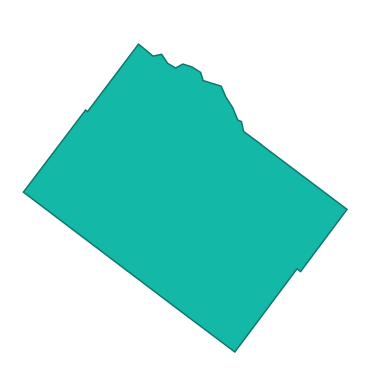 Wheatland, Montana, United States of America, rotated 37°
{"feature_id": "52423323B53339114724210", "entity_name": "Wheatland", "entity_type": "district", "adm_level": 2, "iso_a3": "USA", "parent_name": "United States of America", "parent_adm1": "Montana", "projection": "natural_earth1", "projection_center": [-109.939, 46.486], "detail": "fine", "context": "isolated", "style": "filled", "palette": "teal", "viewbox_px": 384, "rotation_deg": 37, "n_neighbors": 0, "source": "geoboundaries", "source_scale": "gbopen_adm2", "svg_char_len": 468}
<svg xmlns="http://www.w3.org/2000/svg" viewBox="0 0 384 384"><g transform="rotate(37 192 192)"><path d="M60.3,106.1L60.2,190.6L57.7,190.6L57.4,293.6L246.8,294.1L322.5,294.0L322.1,190.2L326.6,190.2L326.3,112.6L219.0,112.6L219.0,112.4L196.7,112.6L189.1,106.0L185.3,107.0L173.8,100.2L161.7,95.7L151.7,89.9L133.8,96.3L127.0,91.3L116.6,92.2L107.7,95.3L104.2,102.9L95.1,103.9L84.9,100.3L79.1,106.9L60.3,106.1Z" fill="#14b8a6" stroke="#0f766e" stroke-width="1.5"/></g></svg>